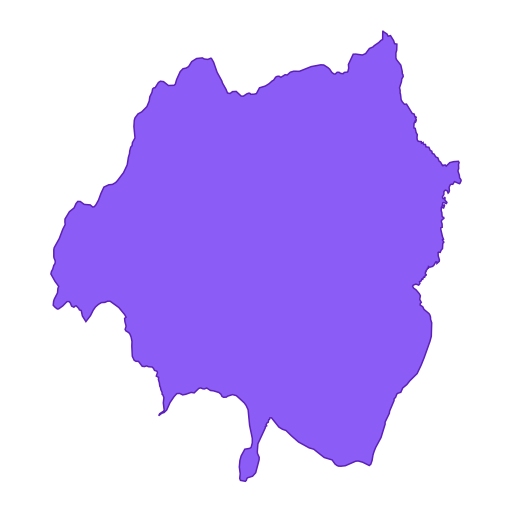 Tona, Santander, Colombia (Equal Earth projection)
{"feature_id": "7082276B13563988320283", "entity_name": "Tona", "entity_type": "district", "adm_level": 2, "iso_a3": "COL", "parent_name": "Colombia", "parent_adm1": "Santander", "projection": "equal_earth", "projection_center": [-72.942, 7.167], "detail": "fine", "context": "isolated", "style": "filled", "palette": "violet", "viewbox_px": 512, "rotation_deg": 0, "n_neighbors": 0, "source": "geoboundaries", "source_scale": "gbopen_adm2", "svg_char_len": 5959}
<svg xmlns="http://www.w3.org/2000/svg" viewBox="0 0 512 512"><path d="M69.4,211.7L65.0,219.0L64.9,222.0L65.2,224.5L62.8,229.2L59.3,238.5L54.2,247.7L53.8,249.7L53.8,256.4L54.0,257.9L55.2,260.8L55.2,262.6L54.7,264.2L53.8,265.3L52.7,269.2L51.4,271.6L50.9,274.0L55.0,281.3L58.7,286.4L57.9,288.5L57.5,292.9L54.3,299.1L53.6,301.3L53.2,305.2L54.9,307.1L57.3,309.0L58.6,308.9L62.8,305.9L67.0,301.6L69.2,301.6L70.4,303.1L71.6,306.1L73.9,307.2L75.4,305.9L76.3,305.9L78.7,308.4L79.4,309.9L81.2,310.5L82.4,316.0L85.9,321.6L90.5,315.6L93.2,310.2L95.5,306.9L98.5,304.3L101.4,302.6L104.8,302.4L107.6,301.2L110.1,301.2L118.8,307.5L124.6,314.5L126.1,317.2L124.6,318.4L124.9,321.6L126.1,326.2L125.1,329.4L125.8,330.8L128.7,332.6L129.9,334.0L131.1,337.0L132.0,341.6L131.8,345.9L132.3,356.3L134.2,360.3L136.0,361.3L138.5,361.4L142.2,366.3L144.5,366.6L146.6,365.9L148.4,366.7L152.1,367.0L153.5,368.4L154.5,370.4L156.7,371.1L157.3,371.9L157.4,372.9L156.3,376.1L158.6,377.4L158.4,379.6L159.3,382.5L159.8,386.2L160.4,387.2L160.9,389.8L162.1,392.4L162.1,394.3L162.8,394.8L163.9,397.6L163.3,403.0L164.2,410.1L163.5,411.2L159.7,413.7L158.7,415.7L161.7,413.3L164.1,412.5L166.7,410.0L170.0,402.6L174.0,396.7L176.8,393.6L179.7,393.4L182.7,394.9L185.7,394.3L191.1,392.4L194.2,392.9L198.8,388.4L200.7,387.9L202.8,388.8L204.6,388.9L206.7,388.0L210.5,390.5L213.4,390.8L218.9,392.5L220.9,394.2L222.0,396.4L223.6,397.3L226.4,397.1L227.5,396.2L232.5,394.6L236.3,395.6L239.0,398.0L244.2,402.8L246.1,405.4L248.1,409.7L249.6,425.3L252.3,438.4L252.3,442.9L251.1,447.4L249.8,448.3L244.8,449.2L241.1,456.0L239.9,460.5L239.3,467.0L240.2,473.8L239.7,478.5L240.5,480.4L245.4,481.3L246.4,480.2L246.8,478.7L247.5,477.8L252.6,476.2L255.7,472.7L259.1,459.8L259.2,457.3L257.5,453.5L257.3,451.7L257.9,443.8L265.4,427.6L265.3,426.6L266.7,425.8L266.1,424.7L267.0,422.9L268.2,422.3L268.7,419.7L269.5,419.4L269.9,417.8L271.5,417.8L278.9,427.1L282.3,429.2L286.0,430.5L291.3,435.7L298.5,442.0L309.2,447.9L313.7,449.2L324.2,457.5L332.1,459.9L335.0,464.0L337.0,465.5L338.5,466.1L340.9,466.2L345.4,465.7L355.7,461.2L358.2,461.0L362.6,462.2L369.3,465.5L370.8,464.2L372.1,460.4L373.0,454.9L374.1,451.4L375.7,447.4L381.0,437.6L385.1,424.2L385.1,422.1L389.3,413.4L389.6,411.1L394.0,400.7L394.1,398.9L395.6,397.3L396.8,394.1L397.7,393.3L400.8,392.3L402.7,388.0L406.8,384.6L409.9,380.7L417.1,373.6L421.2,365.0L424.1,357.8L430.0,341.2L431.3,336.3L431.7,322.8L430.6,319.4L430.5,317.0L429.9,315.1L429.0,313.6L424.0,309.4L422.7,306.7L420.1,305.0L420.3,303.5L421.3,302.4L419.7,299.3L420.4,295.8L419.2,293.6L416.1,289.9L413.5,288.0L412.6,286.2L413.3,285.1L415.9,284.1L418.7,285.1L419.9,283.5L419.5,281.7L421.0,281.1L422.0,278.9L422.5,278.9L422.5,279.9L423.5,277.2L424.6,277.3L425.3,275.5L426.2,275.1L426.2,274.6L425.3,273.8L425.5,272.0L426.1,271.6L426.0,270.7L427.1,269.5L427.5,268.2L428.4,268.2L428.5,266.5L429.8,267.2L432.6,266.4L433.8,265.3L435.8,261.9L436.7,261.9L436.9,263.5L439.2,261.4L439.4,259.8L438.2,255.8L438.1,252.6L438.4,252.2L440.2,252.4L441.1,250.2L442.5,248.6L442.8,243.2L443.7,242.6L443.8,242.0L442.5,240.1L442.5,239.7L443.5,239.3L442.5,236.7L440.7,229.0L440.9,227.7L442.2,227.3L442.1,223.9L441.4,221.9L441.4,220.8L442.2,219.7L443.9,218.4L443.7,217.4L442.6,217.1L442.1,216.1L441.8,212.4L441.2,210.8L441.3,207.5L441.7,206.9L442.3,207.6L443.6,208.0L444.1,206.8L444.5,205.3L444.2,204.9L442.2,205.8L442.8,202.8L443.8,202.5L446.2,203.6L446.8,202.9L446.9,202.3L444.9,200.1L445.0,197.7L444.8,197.5L443.7,198.7L443.2,198.7L442.8,198.3L442.4,196.9L443.9,194.4L443.9,191.6L444.9,190.5L445.5,190.1L447.1,190.7L448.1,193.1L449.0,192.1L449.4,190.6L449.1,187.3L450.2,184.9L451.0,184.3L452.8,184.3L454.5,181.6L459.4,183.7L459.9,183.4L461.1,180.8L460.9,179.6L459.6,177.8L459.3,175.1L457.9,170.9L458.7,168.5L458.5,164.5L459.1,162.6L458.4,161.3L453.8,161.6L449.8,162.6L446.2,166.1L445.1,164.9L444.0,165.3L443.1,165.1L442.9,165.7L442.5,165.6L440.5,162.1L439.0,161.0L437.9,157.9L435.6,156.8L434.2,154.2L432.3,153.4L431.8,151.2L430.2,150.4L428.9,147.3L425.9,146.8L425.6,144.8L425.1,144.3L423.8,144.5L423.1,143.5L423.1,142.5L421.5,143.2L421.3,141.6L418.3,141.3L417.2,139.8L417.0,137.4L417.3,134.6L416.1,132.5L415.3,128.7L415.0,128.2L414.1,128.1L413.8,126.9L414.1,123.3L415.1,121.1L415.6,121.9L416.1,120.8L416.2,119.5L415.6,118.1L416.2,117.4L415.8,116.8L414.9,116.8L414.2,114.1L412.2,113.4L406.5,104.1L404.4,104.3L402.2,101.7L401.1,99.6L400.5,94.0L400.1,93.1L400.1,90.2L399.5,87.8L401.4,81.9L401.8,78.9L403.2,76.6L403.0,74.8L402.4,74.0L402.2,71.3L400.8,65.1L396.5,59.6L395.9,57.9L395.9,52.9L396.7,50.3L396.9,44.1L394.6,43.7L393.6,40.6L390.5,35.6L388.1,36.2L387.0,34.0L383.2,31.5L382.8,30.7L382.6,39.5L380.9,40.4L378.8,42.5L374.3,45.6L372.9,47.0L369.4,48.5L365.6,53.6L362.4,55.0L355.8,54.1L353.2,54.2L348.4,64.5L348.7,68.1L347.8,71.8L347.4,72.1L344.3,72.4L343.1,73.7L340.6,73.4L339.1,72.3L337.1,72.3L335.3,74.0L334.1,74.0L332.0,72.6L329.6,69.1L327.9,67.6L323.8,65.0L320.8,64.8L311.2,66.6L299.4,71.3L293.7,71.2L290.3,72.2L287.2,75.0L285.1,74.7L280.9,77.3L279.0,76.2L277.0,76.4L275.6,77.2L273.6,80.2L272.2,80.9L269.2,83.6L265.4,86.0L259.5,87.8L256.4,93.6L254.1,94.2L250.7,94.3L250.0,93.4L249.0,93.1L246.9,93.8L243.3,96.2L241.2,96.1L236.2,91.4L232.5,91.6L230.1,93.5L227.5,93.0L226.0,89.3L222.5,83.1L221.8,80.9L217.1,72.3L213.6,62.2L211.4,58.4L210.8,58.2L207.9,59.4L204.3,59.0L202.4,57.9L196.6,58.5L191.7,61.6L189.0,66.0L188.0,67.0L186.0,68.1L183.0,68.7L180.2,71.6L176.6,79.6L175.3,84.2L174.1,85.3L168.4,85.5L163.5,81.6L160.4,81.2L158.4,82.5L155.2,87.6L153.6,88.0L152.6,89.0L152.0,92.3L149.8,96.8L149.2,101.1L146.9,106.6L141.7,111.9L138.0,113.9L135.0,117.9L134.3,120.3L133.9,126.6L135.0,137.9L132.4,142.7L132.1,145.6L130.7,147.2L129.7,151.1L129.5,153.6L128.4,157.3L127.2,164.9L123.5,172.7L117.4,180.7L115.7,182.5L112.5,184.4L108.7,184.8L103.9,187.1L101.0,193.3L98.5,200.1L95.9,204.8L94.2,206.8L92.7,207.0L90.2,204.9L84.2,204.4L80.3,201.5L77.8,201.4L76.0,203.6L74.1,207.9L69.4,211.7Z" fill="#8b5cf6" stroke="#5b21b6" stroke-width="1.5"/></svg>